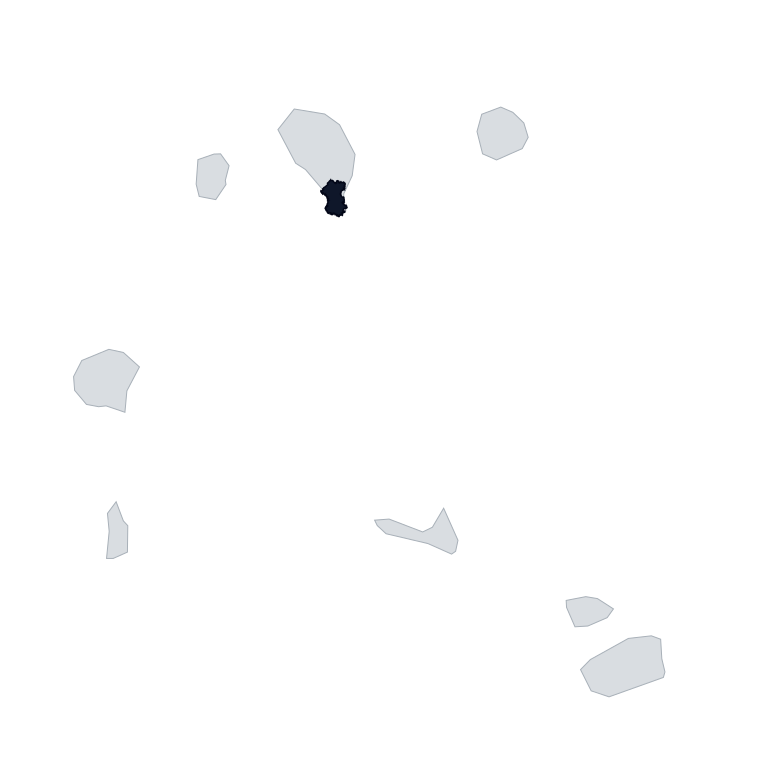 Santo Amaro Abade, Tarrafal, Cabo Verde (highlighted), rotated 186°
{"feature_id": "66160863B37752467633472", "entity_name": "Santo Amaro Abade", "entity_type": "district", "adm_level": 2, "iso_a3": "CPV", "parent_name": "Cabo Verde", "parent_adm1": "Tarrafal", "projection": "mercator", "projection_center": [-23.726, 15.266], "detail": "fine", "context": "in_parent", "style": "filled", "palette": "ink", "viewbox_px": 768, "rotation_deg": 186, "n_neighbors": 0, "source": "geoboundaries", "source_scale": "gbopen_adm2", "svg_char_len": 6534}
<svg xmlns="http://www.w3.org/2000/svg" viewBox="0 0 768 768"><g transform="rotate(186 384 384)"><path d="M516.1,625.9L502.0,648.1L471.2,646.3L455.3,637.2L436.8,609.3L437.4,587.8L443.9,569.1L442.7,552.9L445.4,548.6L454.9,551.4L456.4,562.4L484.5,589.1L494.9,594.3L516.1,625.9ZM114.4,156.5L91.8,161.5L82.2,159.1L79.0,139.8L74.5,127.0L75.5,121.4L127.5,96.4L145.9,100.5L158.7,120.5L150.0,131.5L114.4,156.5ZM638.7,328.8L658.1,333.2L665.4,331.6L677.8,332.6L691.0,345.3L693.5,358.9L687.0,375.8L661.3,389.7L646.5,388.1L629.0,375.4L639.0,350.3L638.7,328.8ZM315.0,662.5L296.8,671.6L284.2,667.6L272.2,658.2L266.4,644.4L271.1,632.6L295.5,618.6L310.0,623.2L317.9,644.8L315.0,662.5ZM366.3,235.3L375.9,242.5L379.1,247.6L364.8,250.2L330.1,240.9L320.9,246.6L311.7,266.7L294.1,236.3L295.3,225.1L299.0,221.9L323.6,229.9L366.3,235.3ZM577.1,594.9L570.6,595.8L560.9,584.9L563.1,569.9L562.0,565.9L570.6,549.8L587.4,551.2L591.7,563.1L592.5,587.7L577.1,594.9ZM180.2,187.8L161.1,193.6L149.3,192.9L132.3,184.3L137.6,175.0L156.0,164.6L168.7,162.5L179.1,180.9L180.2,187.8ZM645.5,226.4L638.1,238.9L628.9,220.6L624.0,216.3L621.6,190.0L635.1,182.2L641.7,181.5L641.9,208.7L645.5,226.4Z" fill="#d9dde1" stroke="#a8b0b8" stroke-width="1"/><path d="M458.5,581.2L458.8,580.7L458.9,580.4L459.3,580.3L459.9,579.4L459.9,579.0L460.1,578.7L460.6,578.5L461.2,577.8L461.1,577.0L460.7,576.4L460.7,576.1L462.0,575.2L462.5,574.5L463.2,573.9L463.4,573.5L463.8,573.4L464.4,573.0L464.5,572.7L464.7,572.3L465.2,571.9L465.3,571.6L464.4,570.9L466.0,569.9L466.3,568.8L466.6,568.7L466.9,569.0L466.9,568.7L466.6,568.3L466.4,568.4L466.0,568.2L466.0,567.8L465.8,567.3L465.4,567.1L465.2,567.3L465.2,567.0L465.0,566.9L464.8,566.5L464.5,566.8L464.5,567.1L464.3,567.2L464.5,567.5L464.3,567.6L464.1,567.3L464.1,566.9L464.0,566.7L463.8,566.7L463.7,566.9L463.4,566.6L463.2,566.7L462.9,566.6L462.7,566.6L462.7,566.4L462.9,566.2L462.5,565.8L462.3,566.1L462.3,565.9L461.8,566.0L461.7,565.8L461.5,565.4L461.2,565.8L461.1,565.7L461.2,565.3L461.0,565.0L460.7,564.8L460.7,564.5L460.6,564.3L460.4,564.3L460.3,564.0L460.1,564.0L460.1,563.6L459.7,563.7L459.9,563.3L459.5,562.9L459.6,562.4L459.3,562.4L459.5,562.2L459.2,562.0L459.2,561.8L459.1,561.7L459.2,561.3L459.1,561.1L458.8,561.0L459.1,560.9L459.2,560.6L458.9,560.6L458.9,560.2L458.6,560.3L458.7,560.1L458.8,560.1L458.7,559.7L458.8,559.5L458.7,559.2L458.8,559.1L458.8,558.9L458.6,558.8L458.5,558.5L458.7,558.0L459.0,557.8L459.0,557.5L459.2,557.4L459.2,557.0L459.1,556.9L459.2,556.6L459.4,556.2L459.6,555.6L458.9,555.6L458.5,555.2L458.6,554.7L459.0,554.5L459.3,554.4L460.0,554.7L460.4,554.1L460.4,553.7L460.2,553.6L460.4,553.6L460.6,553.3L460.5,553.2L460.8,552.7L460.3,552.4L460.5,552.0L460.0,551.4L460.0,551.1L459.6,550.8L459.7,550.7L459.6,550.4L459.2,550.3L459.1,550.1L458.9,549.9L458.7,549.9L458.6,549.7L458.5,549.8L458.5,549.5L458.5,549.4L458.4,549.4L458.3,549.2L458.1,549.3L457.9,549.1L457.4,548.8L457.5,548.6L457.9,548.4L457.8,548.2L457.6,548.1L457.4,548.1L457.1,548.0L457.0,548.4L456.7,548.7L456.1,548.7L455.9,548.6L455.4,548.7L455.3,548.4L455.1,548.5L455.0,548.3L455.1,548.2L455.3,548.2L455.6,548.0L455.5,547.7L455.2,547.8L455.1,547.5L454.9,547.5L454.7,547.7L454.5,547.4L454.4,547.3L454.2,547.6L454.2,547.4L453.5,547.0L453.2,547.1L453.1,547.3L452.7,547.2L452.5,547.5L452.5,547.9L452.6,548.1L452.5,548.4L452.3,548.5L451.9,548.3L451.8,548.7L451.5,548.7L451.0,548.5L450.9,548.1L450.7,548.0L450.9,547.8L450.1,547.6L449.7,547.9L449.6,547.7L449.7,547.4L449.4,547.5L449.3,547.4L449.2,547.6L448.8,547.3L448.9,547.0L448.8,546.8L448.1,547.3L448.0,546.8L447.8,546.7L447.6,546.5L447.7,546.4L447.4,546.4L447.4,546.1L446.8,545.8L446.2,545.9L446.4,546.6L446.0,546.6L446.0,547.1L446.1,547.4L445.9,547.5L445.7,547.2L445.4,547.6L445.1,547.5L445.1,547.8L444.9,547.8L444.9,547.6L444.9,547.8L444.7,547.9L444.7,547.6L443.8,547.7L443.5,547.5L443.4,547.6L443.2,547.5L443.2,548.2L443.2,548.5L443.1,548.8L443.0,548.7L443.0,549.0L443.5,549.3L443.7,549.5L443.2,549.6L443.2,550.0L442.9,549.9L442.8,550.1L442.9,550.3L442.8,550.5L443.1,550.7L443.0,550.9L442.9,550.8L442.7,551.0L442.6,550.9L442.6,551.1L442.2,551.3L442.1,551.2L441.9,550.7L441.8,550.8L441.5,550.5L441.0,550.7L441.0,550.9L441.4,551.4L441.2,551.6L441.3,551.6L441.3,551.8L442.0,551.5L442.6,551.7L442.9,552.0L442.9,552.6L442.5,553.1L442.5,554.1L442.1,554.5L441.8,554.5L441.6,554.4L441.5,554.2L441.4,554.2L441.2,554.1L441.3,554.0L441.1,554.2L440.9,554.2L440.6,554.2L440.2,554.5L440.2,554.9L440.1,555.0L439.9,555.1L439.5,555.2L439.5,555.5L439.3,555.7L439.5,555.9L439.9,555.8L439.8,556.0L439.9,556.4L439.7,556.9L439.9,557.2L440.4,557.5L440.9,557.4L440.9,557.6L441.0,557.5L441.5,557.4L441.6,557.5L441.7,557.4L441.9,557.4L442.3,557.9L442.2,558.1L442.4,558.3L442.9,558.6L442.9,558.8L443.3,558.7L443.6,559.0L443.8,559.2L443.7,559.3L444.0,559.3L444.1,559.5L444.3,559.7L444.4,559.8L444.1,559.9L444.2,560.1L444.0,560.3L443.9,560.3L443.9,560.2L443.8,560.5L443.7,560.4L443.5,560.5L443.1,560.4L442.7,560.6L442.8,560.7L442.7,560.9L443.0,561.0L442.9,561.3L442.8,561.2L442.8,561.3L443.1,561.4L442.8,561.6L442.9,562.0L442.7,562.6L443.4,564.9L443.4,565.4L443.7,565.7L444.2,565.3L445.2,565.6L446.2,566.5L446.4,567.1L446.7,567.2L446.7,567.6L446.9,567.6L447.1,568.0L446.9,568.5L447.2,569.0L446.9,569.2L446.8,569.6L446.7,569.8L446.9,570.1L446.8,570.6L447.0,570.7L446.8,571.1L446.1,572.2L445.9,572.3L445.8,572.2L445.7,572.2L445.7,572.4L445.4,572.7L445.0,573.0L444.9,572.9L444.8,573.1L444.7,573.0L444.2,573.3L444.3,573.5L444.1,573.4L444.2,573.6L443.9,573.8L444.0,573.9L443.9,574.0L444.0,574.2L443.9,574.3L444.1,574.4L443.9,574.5L444.0,574.6L443.9,574.6L444.1,574.8L443.8,575.0L443.6,575.4L443.8,575.7L443.7,575.9L444.0,576.1L443.9,576.2L443.7,576.5L443.9,576.7L443.7,576.8L443.9,577.1L444.2,577.2L444.1,577.4L443.9,577.4L443.6,577.7L443.7,578.3L443.5,578.6L443.5,578.8L444.0,579.3L443.9,579.5L444.3,579.7L444.3,579.8L444.7,579.8L444.8,580.3L445.0,580.4L445.2,580.2L445.3,580.4L445.4,580.5L445.9,580.0L446.3,580.0L446.6,580.1L447.3,579.9L447.7,580.1L447.8,580.5L448.0,580.7L448.3,580.3L448.5,579.6L449.1,579.3L449.3,579.5L449.5,579.5L449.4,579.6L449.5,579.8L449.8,579.8L449.8,580.0L450.1,580.1L450.0,580.4L450.1,580.7L450.4,580.7L450.3,580.9L450.6,581.0L451.2,581.4L451.5,581.3L452.3,580.9L452.3,580.7L452.1,580.5L452.3,580.3L452.2,580.1L452.5,579.7L452.6,579.1L452.9,579.1L452.6,578.7L452.8,578.6L452.9,578.4L453.5,578.9L454.1,578.7L454.3,579.0L454.5,579.1L454.6,579.3L455.4,579.9L455.4,580.2L455.6,580.5L456.0,580.4L456.4,580.9L457.0,581.1L458.0,580.7L458.4,580.8L458.5,581.2Z" fill="#0f172a" stroke="#020617" stroke-width="1.5"/></g></svg>